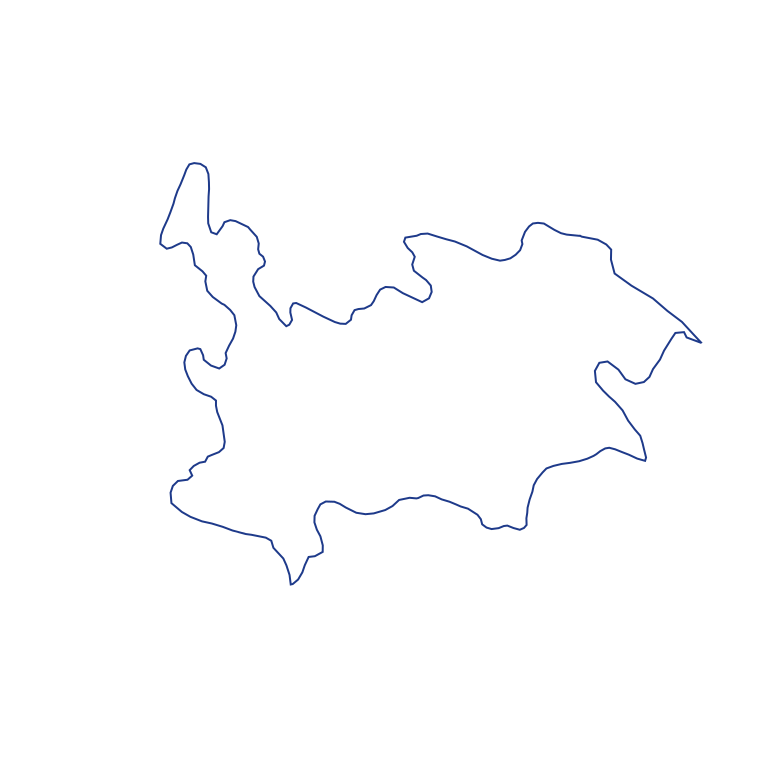 Chachersk, Gomel, Belarus, rotated 25°
{"feature_id": "67162791B26710857863794", "entity_name": "Chachersk", "entity_type": "district", "adm_level": 2, "iso_a3": "BLR", "parent_name": "Belarus", "parent_adm1": "Gomel", "projection": "albers", "projection_center": [30.949, 52.928], "detail": "fine", "context": "isolated", "style": "outline", "palette": "blue", "viewbox_px": 768, "rotation_deg": 25, "n_neighbors": 0, "source": "geoboundaries", "source_scale": "gbopen_adm2", "svg_char_len": 3729}
<svg xmlns="http://www.w3.org/2000/svg" viewBox="0 0 768 768"><g transform="rotate(25 384 384)"><path d="M653.1,343.3L652.6,339.9L647.4,333.5L643.3,328.3L638.1,322.6L630.5,319.2L620.7,314.0L611.4,307.1L600.9,302.5L593.4,300.3L585.3,297.4L575.4,292.8L569.6,283.0L570.2,273.8L577.1,269.1L590.4,271.9L600.8,277.7L611.8,277.6L618.7,272.4L621.6,265.4L621.5,256.8L623.8,245.2L623.7,235.4L625.4,221.5L626.5,214.6L634.0,210.2L638.6,213.9L653.6,212.7L653.8,212.4L643.6,208.3L627.8,201.8L610.0,198.0L591.6,192.8L566.7,190.3L546.3,186.4L537.1,175.3L533.1,166.2L526.5,163.6L516.7,162.9L500.9,166.9L498.9,166.8L498.6,167.1L486.4,171.4L480.7,172.5L473.3,172.3L461.1,171.0L455.4,172.9L451.1,175.6L448.9,179.9L447.5,186.5L448.1,195.7L450.3,198.7L450.8,205.2L448.7,211.2L445.4,216.7L441.1,220.5L437.0,223.2L428.8,224.9L418.8,225.4L400.8,224.3L388.0,224.9L379.3,226.5L369.8,227.9L360.0,229.2L354.0,232.5L351.0,235.8L346.6,238.8L341.5,242.3L342.0,246.7L348.0,250.7L354.0,252.7L358.1,255.7L359.1,263.8L363.2,268.7L373.9,271.2L378.2,272.0L384.8,275.0L388.3,280.4L388.6,287.3L384.0,293.7L373.0,293.7L362.7,293.7L352.1,292.4L344.4,295.4L340.6,300.1L339.7,306.5L339.7,313.3L338.9,318.0L334.2,323.9L329.1,326.9L326.1,329.5L325.6,335.4L326.9,339.7L323.9,345.7L318.8,347.8L313.3,348.6L300.5,348.6L280.9,347.7L270.2,347.7L267.6,349.4L267.2,354.9L268.9,358.8L273.6,364.8L273.1,370.3L271.0,372.9L261.6,369.4L256.1,364.7L248.0,361.3L233.9,357.0L225.7,350.8L222.2,346.5L220.3,341.8L221.4,333.1L225.2,327.4L224.4,323.3L220.6,319.7L216.0,318.6L213.0,315.1L211.1,309.6L206.5,304.4L197.5,300.6L194.5,299.2L180.6,299.1L175.4,300.5L171.0,304.8L171.0,309.2L169.1,319.0L163.3,319.5L156.8,312.7L153.9,306.9L150.6,299.3L145.8,288.3L143.1,281.3L140.1,275.2L136.1,267.9L130.9,262.9L129.2,262.7L124.6,262.1L118.6,264.0L114.8,267.2L114.2,273.2L114.7,279.2L115.2,289.0L115.2,296.3L116.0,304.0L117.0,309.5L117.8,318.5L118.3,326.1L118.3,336.5L119.0,343.3L122.0,351.5L129.9,353.2L134.0,349.9L137.6,345.3L141.1,341.2L146.3,339.6L151.0,341.5L156.4,347.3L162.4,356.3L171.9,358.6L177.1,361.0L178.7,366.5L184.4,374.2L192.0,377.5L202.9,379.7L205.9,379.7L213.3,381.9L219.3,384.9L225.3,393.2L227.2,399.4L228.0,406.6L227.4,414.7L227.4,422.9L230.6,427.3L231.4,433.9L228.1,439.6L219.4,440.4L210.4,438.2L207.9,434.4L202.8,430.0L200.0,430.5L193.7,435.7L192.6,442.2L193.9,448.8L197.7,454.8L202.9,459.8L209.5,465.0L216.6,468.6L225.0,469.4L232.7,468.6L238.7,470.0L240.9,474.7L244.7,479.9L255.1,489.8L264.1,503.7L265.7,509.8L263.2,515.5L257.8,521.2L255.0,524.3L254.7,530.0L250.1,533.3L246.2,538.7L244.3,544.2L248.9,548.1L246.4,553.8L238.2,559.0L235.7,565.6L236.5,572.7L241.7,581.8L254.9,585.4L264.7,586.2L277.1,585.4L286.9,583.2L298.2,581.6L308.6,580.8L322.1,578.4L327.5,576.7L341.8,573.2L348.1,573.7L353.0,579.2L359.6,581.9L366.5,584.7L372.2,589.6L379.1,597.0L384.2,605.1L385.8,603.9L388.8,597.5L389.6,589.2L388.8,581.7L388.8,572.6L394.1,569.3L399.4,562.1L396.7,556.1L390.7,548.9L384.7,544.4L379.4,538.8L376.8,532.8L376.8,525.6L377.2,520.0L380.9,515.1L388.8,511.7L394.5,511.3L401.6,512.1L413.3,512.4L422.3,509.8L429.4,505.6L438.4,497.7L443.3,491.0L446.7,482.7L455.3,476.3L461.7,474.0L463.2,472.9L466.9,468.4L471.1,466.1L477.8,464.2L485.0,464.2L493.2,463.0L500.4,462.7L505.2,462.6L512.8,461.5L524.0,463.0L528.9,465.6L532.3,469.7L537.6,470.8L542.8,470.0L548.8,466.2L552.6,462.1L555.6,460.2L562.3,459.8L568.7,458.7L571.7,455.3L572.8,451.5L569.8,445.5L568.3,440.3L566.4,435.4L564.8,427.1L564.0,418.9L562.5,412.5L562.9,405.4L565.1,397.1L566.9,391.9L572.2,386.6L578.9,381.3L586.0,376.8L593.5,371.5L599.8,365.8L604.3,360.6L606.1,357.9L608.4,353.4L611.7,348.9L615.1,346.6L621.1,345.5L628.6,345.1L635.7,344.6L640.5,344.6L645.0,344.6L653.1,343.3Z" fill="none" stroke="#1e3a8a" stroke-width="2"/></g></svg>